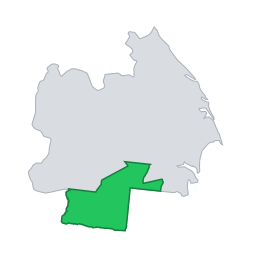 Wouleu-Ntem on a map of Gabon (Albers equal-area conic projection), rotated 186°
{"feature_id": "GAB-2187", "entity_name": "Wouleu-Ntem", "entity_type": "Province", "adm_level": 1, "iso_a3": "GAB", "parent_name": "Gabon", "parent_adm1": "", "projection": "albers", "projection_center": [12.153, 1.276], "detail": "fine", "context": "in_parent", "style": "filled", "palette": "green", "viewbox_px": 256, "rotation_deg": 186, "n_neighbors": 0, "source": "natural_earth", "source_scale": "10m", "svg_char_len": 5935}
<svg xmlns="http://www.w3.org/2000/svg" viewBox="0 0 256 256"><g transform="rotate(186 128 128)"><path d="M184.4,30.1L184.2,32.4L181.6,38.1L180.3,42.5L180.0,47.2L180.8,50.9L182.0,53.6L182.9,56.5L182.2,58.5L181.0,59.4L181.8,60.4L183.7,60.7L187.0,59.8L192.0,58.2L198.5,56.0L202.9,54.7L210.0,55.5L213.8,56.3L215.7,57.9L217.8,64.6L218.9,65.6L220.6,68.4L222.0,71.9L222.4,73.6L222.2,74.8L220.8,76.7L219.1,79.4L218.6,81.1L217.2,82.3L215.5,83.5L210.7,84.0L210.0,84.7L208.7,87.6L206.2,90.0L205.0,92.3L204.0,95.4L204.2,99.3L203.7,104.8L203.2,108.5L204.5,109.8L210.2,110.7L211.3,111.4L212.8,113.7L214.7,115.9L219.9,117.2L222.0,118.9L223.6,120.7L223.8,122.2L222.7,128.2L221.5,133.9L222.0,138.3L222.4,142.4L223.0,148.5L222.8,152.2L221.3,154.5L221.3,156.2L222.0,158.4L220.7,164.3L219.9,165.3L217.5,166.4L216.3,168.0L215.9,170.5L214.7,173.9L213.4,175.1L213.4,176.7L214.6,177.8L214.6,179.6L212.3,181.7L210.9,183.3L207.8,184.1L204.2,183.3L203.4,182.1L204.2,180.3L203.9,178.8L202.7,177.3L200.8,173.4L199.1,172.5L198.2,174.1L195.3,177.2L190.2,181.0L186.6,181.3L180.0,180.2L174.5,178.3L171.9,173.8L170.2,170.1L167.9,165.7L165.2,163.7L162.4,162.3L161.1,162.3L157.1,164.7L155.9,165.6L155.9,167.7L156.3,169.5L156.9,170.5L157.4,171.7L157.3,173.6L156.6,176.1L156.4,178.9L143.7,181.6L141.5,180.6L139.9,179.4L138.0,179.6L132.5,181.0L130.4,180.0L128.4,179.3L127.5,179.9L127.4,181.1L128.4,187.6L128.1,190.1L126.8,193.4L126.2,195.6L129.5,196.2L130.7,197.3L131.9,198.9L133.6,200.4L133.7,201.4L131.8,203.1L131.2,205.2L132.1,206.8L134.4,208.6L137.7,210.3L139.3,211.5L139.2,212.6L137.6,214.9L137.0,216.8L136.0,218.5L136.2,220.1L137.7,221.6L137.5,223.0L136.5,224.0L134.4,223.8L132.7,223.9L131.1,223.5L126.1,218.3L125.0,218.2L117.9,222.1L116.1,223.8L114.6,226.1L112.6,231.2L109.3,228.2L106.5,222.8L103.2,219.5L96.3,214.1L94.5,210.1L86.6,201.4L75.3,192.6L67.1,185.0L65.8,183.3L67.2,183.5L75.1,187.3L76.2,186.9L77.1,186.1L73.7,184.1L70.5,182.5L67.4,181.5L64.3,181.6L62.6,180.0L61.5,177.6L60.9,175.5L59.6,173.3L55.3,168.8L54.2,167.0L51.8,164.7L53.3,164.3L57.9,166.6L58.4,165.7L58.0,164.4L53.3,162.2L50.7,162.1L50.1,160.6L50.5,158.8L47.2,152.2L43.7,147.3L43.2,145.0L52.5,155.7L53.8,155.9L55.4,155.8L59.3,154.6L58.6,153.2L56.8,151.6L55.1,152.3L52.9,152.5L51.8,151.8L51.2,150.7L53.5,145.5L52.5,145.8L51.8,146.7L50.6,147.2L48.7,147.4L44.1,144.6L40.1,137.1L39.0,135.6L37.9,133.0L36.8,131.9L32.2,121.2L34.0,122.0L36.1,125.1L40.2,124.5L41.9,122.7L43.3,122.7L44.7,122.3L46.6,120.7L51.9,113.3L53.3,103.6L52.9,97.8L52.1,92.1L53.9,90.3L54.6,91.5L54.9,93.5L55.7,95.1L57.6,96.4L61.1,96.8L66.6,98.9L68.5,100.3L69.0,97.6L75.3,95.3L73.4,94.4L67.8,95.3L60.2,91.9L57.7,89.7L55.3,85.6L52.9,83.4L53.1,81.4L58.6,79.7L60.0,79.9L60.6,82.0L62.0,82.9L62.6,82.6L62.9,80.8L62.9,75.9L61.2,68.9L61.7,67.5L63.2,67.0L64.6,66.1L65.5,65.9L67.4,66.1L68.3,67.7L68.8,68.6L70.7,69.0L72.2,69.9L73.5,69.7L74.6,68.7L76.2,68.5L81.2,68.5L85.7,68.5L94.7,68.6L103.7,68.6L112.7,68.6L119.5,68.7L119.5,64.7L119.5,58.5L119.4,51.1L119.4,44.1L119.4,37.6L119.3,29.9L119.7,27.7L120.2,26.8L120.0,25.6L127.0,25.5L139.6,26.1L145.1,26.0L146.6,26.1L153.5,25.7L159.1,26.2L161.4,26.7L163.6,27.0L170.3,27.3L179.0,26.9L181.9,27.0L183.6,28.1L184.4,30.1Z" fill="#d9dde1" stroke="#a8b0b8" stroke-width="1"/><path d="M130.2,24.8L130.7,24.9L131.0,25.0L131.7,25.6L133.4,26.2L133.9,26.2L135.0,26.1L137.9,26.2L140.4,25.9L142.9,26.1L144.9,25.9L145.5,26.0L146.8,26.2L148.3,26.2L148.9,26.1L150.2,25.7L150.8,25.6L151.2,25.5L151.9,25.1L152.2,25.1L152.6,25.2L153.7,25.9L154.3,26.0L156.1,25.6L157.4,25.7L159.2,26.3L159.8,26.5L160.6,26.3L161.1,26.7L161.9,27.0L166.4,27.7L167.0,27.5L167.5,27.2L167.9,26.9L168.3,26.7L168.9,26.9L169.6,27.2L170.3,27.4L170.5,27.0L171.0,27.2L171.4,27.2L171.8,27.1L172.1,26.7L173.1,27.1L173.7,27.2L174.1,27.1L174.5,26.9L175.1,27.0L176.0,27.4L177.4,27.2L177.7,27.1L178.4,26.5L178.8,26.2L179.1,26.1L180.1,26.1L181.0,26.3L181.4,26.6L181.7,26.7L182.0,26.7L182.4,26.5L182.7,26.5L183.0,26.6L183.6,27.0L184.1,27.5L184.4,27.8L184.5,28.3L184.4,29.3L184.4,30.1L184.4,32.1L184.3,33.2L183.9,34.0L182.8,34.7L182.6,34.8L182.0,35.5L181.8,35.6L181.5,35.7L181.5,36.0L181.7,36.6L181.6,36.9L181.4,37.2L181.2,37.4L181.0,37.6L180.8,38.0L180.5,38.6L180.2,38.7L180.0,38.8L180.4,39.4L180.7,40.0L180.9,40.2L181.0,40.6L181.0,41.2L180.6,42.4L180.4,42.9L180.0,43.3L179.6,43.6L179.9,44.1L179.8,44.7L179.5,45.3L179.4,46.0L179.6,47.6L179.5,48.4L178.9,49.0L179.5,50.0L180.1,50.8L180.3,50.6L180.7,50.9L180.9,51.3L181.0,51.7L180.8,52.2L181.5,52.5L182.1,54.1L182.6,54.5L182.6,56.3L182.6,56.6L182.6,56.8L182.7,57.1L183.0,57.5L182.9,57.6L182.7,57.7L182.4,58.4L181.9,58.7L181.4,58.9L180.9,59.0L180.6,59.2L180.5,59.7L180.3,60.1L179.6,60.1L180.0,60.4L180.4,60.6L180.7,60.8L180.8,61.3L153.3,60.9L153.3,61.2L153.2,61.5L152.8,62.2L152.7,62.3L152.6,62.5L152.5,63.0L152.4,63.3L152.0,63.7L151.4,64.9L151.3,65.0L150.8,65.6L150.7,65.8L150.6,66.0L150.2,66.9L149.9,67.4L149.0,68.6L148.9,68.6L148.8,69.2L148.8,69.9L148.9,71.1L148.9,71.3L148.8,71.6L148.7,71.8L148.8,71.9L148.8,72.0L148.7,73.1L148.6,73.4L148.3,73.7L124.5,89.9L124.2,90.1L124.2,90.3L124.3,90.6L127.7,94.2L102.0,94.1L102.2,93.9L102.4,93.6L102.5,93.5L102.6,93.4L102.9,93.1L103.0,92.7L103.1,92.4L103.1,92.0L102.8,90.9L102.9,90.6L103.0,90.4L103.3,90.1L103.4,89.8L103.5,89.6L103.6,88.7L104.3,86.3L104.4,85.9L104.8,85.3L104.8,85.1L104.9,84.8L105.0,84.6L105.1,84.4L105.3,84.2L105.5,83.8L105.7,83.6L106.0,82.2L106.3,81.9L106.8,81.5L106.8,81.3L106.9,81.1L107.1,80.3L107.4,79.4L107.5,79.0L107.5,76.7L107.4,76.0L107.1,74.7L106.7,74.6L89.4,80.5L88.9,80.6L88.7,80.6L88.5,80.3L88.2,79.3L88.1,79.0L87.9,78.7L87.4,78.0L87.4,77.5L87.5,76.9L88.0,75.6L88.3,74.9L88.9,73.3L89.0,68.5L89.8,68.6L99.7,68.6L107.2,68.6L109.6,68.6L119.6,68.7L119.5,60.0L119.5,51.3L119.4,44.4L119.4,42.6L119.4,33.9L119.4,31.3L119.1,30.0L119.3,29.7L119.5,29.3L119.5,28.9L119.5,28.4L119.6,27.9L119.8,27.5L120.0,27.2L120.2,26.7L120.2,26.3L120.0,25.8L120.1,25.5L128.9,25.2L129.8,24.9L130.2,24.8Z" fill="#22c55e" stroke="#15803d" stroke-width="1.5"/></g></svg>